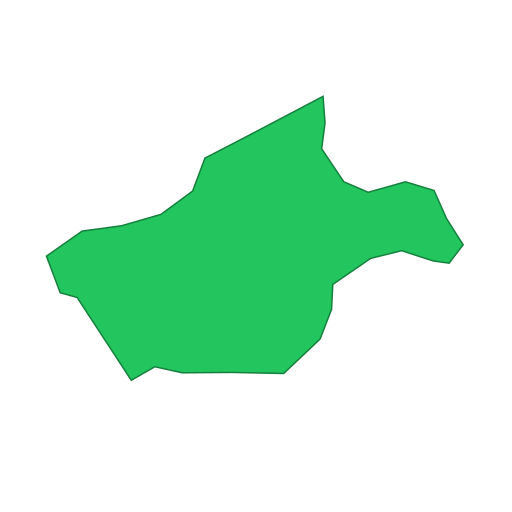 an SVG outline of Żebbuġ, rotated 336°
{"feature_id": "MLT-5946", "entity_name": "Żebbuġ", "entity_type": "state/province", "adm_level": 1, "iso_a3": "MLT", "parent_name": "Malta", "parent_adm1": "", "projection": "natural_earth1", "projection_center": [14.44, 35.87], "detail": "fine", "context": "isolated", "style": "filled", "palette": "green", "viewbox_px": 512, "rotation_deg": 336, "n_neighbors": 0, "source": "natural_earth", "source_scale": "10m", "svg_char_len": 538}
<svg xmlns="http://www.w3.org/2000/svg" viewBox="0 0 512 512"><g transform="rotate(336 256 256)"><path d="M91.5,318.8L75.7,221.1L62.2,210.0L64.5,170.9L107.3,162.5L145.6,173.7L186.1,179.3L224.5,170.9L249.2,145.8L296.6,143.0L382.2,137.4L373.2,162.5L359.6,184.8L366.4,223.9L384.4,243.4L422.7,249.0L445.3,268.6L445.3,299.3L449.8,330.0L429.5,341.1L416.0,332.7L391.2,310.4L359.7,304.8L314.6,313.2L303.3,335.5L280.8,357.9L233.5,374.6L186.1,352.3L141.1,332.7L118.5,316.0L91.5,318.8Z" fill="#22c55e" stroke="#15803d" stroke-width="1.5"/></g></svg>